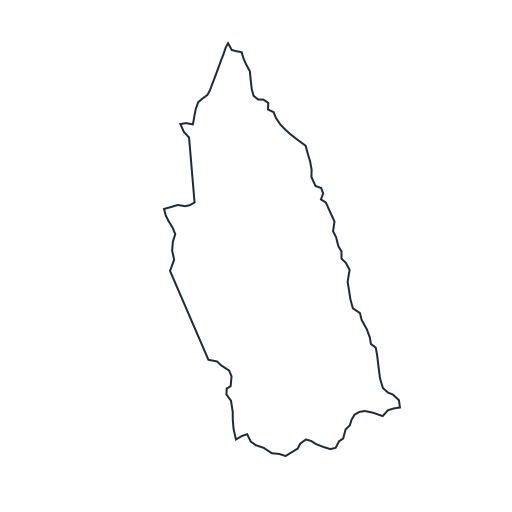 outline of Aragoiânia, Goiás, Brazil, rotated 338°
{"feature_id": "56859067B44164083343773", "entity_name": "Aragoiânia", "entity_type": "district", "adm_level": 2, "iso_a3": "BRA", "parent_name": "Brazil", "parent_adm1": "Goiás", "projection": "equal_earth", "projection_center": [-49.411, -16.939], "detail": "fine", "context": "isolated", "style": "outline", "palette": "slate", "viewbox_px": 512, "rotation_deg": 338, "n_neighbors": 0, "source": "geoboundaries", "source_scale": "gbopen_adm2", "svg_char_len": 1707}
<svg xmlns="http://www.w3.org/2000/svg" viewBox="0 0 512 512"><g transform="rotate(338 256 256)"><path d="M235.3,105.3L235.6,113.9L238.3,121.1L219.1,183.3L213.8,184.1L208.8,183.2L202.6,179.4L194.9,178.7L188.4,177.9L187.5,184.8L188.0,190.8L189.3,198.7L189.3,205.5L184.3,211.6L180.3,219.5L178.7,228.8L170.7,237.6L173.0,334.4L180.4,339.2L182.8,344.5L188.2,352.2L188.2,358.5L183.7,367.2L179.2,367.9L176.7,373.3L178.6,380.8L176.0,391.9L173.2,398.9L170.4,408.0L168.7,418.6L175.6,417.6L181.0,417.9L181.7,426.3L185.1,431.5L191.2,436.7L196.8,444.8L203.5,448.3L208.4,452.5L222.5,450.2L226.8,446.5L233.5,444.8L237.8,448.1L241.2,452.9L246.5,457.9L252.6,462.9L258.0,463.7L263.6,458.9L268.4,457.9L274.1,450.4L279.6,448.1L283.1,443.8L287.9,440.0L293.7,439.3L298.8,440.5L305.6,445.0L313.5,451.9L320.6,448.4L326.9,449.0L332.7,450.4L334.5,443.2L331.0,435.7L327.4,432.3L324.2,426.1L325.1,416.1L327.3,407.6L331.1,393.5L332.7,385.9L329.6,380.7L331.0,374.2L331.3,365.7L330.0,354.9L331.0,347.9L326.2,340.8L327.3,331.6L329.3,323.1L331.3,314.2L337.6,303.9L336.7,295.8L334.3,290.6L337.0,283.7L336.0,277.7L337.3,268.6L336.7,261.9L341.7,253.4L341.2,242.6L340.8,232.6L337.4,227.9L341.7,223.1L341.9,217.4L337.4,213.4L337.0,203.5L339.9,196.8L341.7,188.1L342.2,181.7L343.3,172.3L337.0,162.1L333.2,155.4L330.5,149.8L328.0,143.8L326.2,135.5L326.2,129.2L322.0,124.7L324.7,118.7L321.5,113.8L316.6,111.7L313.8,106.6L314.5,100.0L316.8,91.6L319.5,82.4L318.6,74.3L318.4,68.1L319.0,61.6L314.7,58.9L310.7,55.9L309.8,48.3L306.0,51.4L301.1,57.1L297.0,61.4L290.6,68.5L284.0,75.8L278.9,81.2L275.3,85.2L271.2,88.5L265.2,90.0L260.0,91.8L255.3,97.0L251.9,102.2L246.8,110.3L240.9,106.6L235.3,105.3Z" fill="none" stroke="#1e293b" stroke-width="2"/></g></svg>